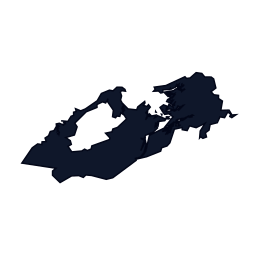 Chepigana, Darién, Panama (Mercator projection), rotated 85°
{"feature_id": "35544464B97743116241572", "entity_name": "Chepigana", "entity_type": "district", "adm_level": 2, "iso_a3": "PAN", "parent_name": "Panama", "parent_adm1": "Darién", "projection": "mercator", "projection_center": [-78.199, 8.103], "detail": "fine", "context": "isolated", "style": "filled", "palette": "ink", "viewbox_px": 256, "rotation_deg": 85, "n_neighbors": 0, "source": "geoboundaries", "source_scale": "gbopen_adm2", "svg_char_len": 5778}
<svg xmlns="http://www.w3.org/2000/svg" viewBox="0 0 256 256"><g transform="rotate(85 128 128)"><path d="M118.5,180.6L108.2,168.2L104.8,157.1L101.9,156.9L99.7,151.0L101.1,148.1L96.9,145.2L99.4,146.4L109.0,141.0L115.4,142.4L116.7,139.5L115.1,138.1L115.7,135.2L112.2,133.9L113.7,132.1L111.4,132.1L110.4,131.4L109.9,129.9L109.7,131.5L109.0,131.3L108.7,130.4L108.3,130.6L108.6,132.2L108.3,132.5L107.7,132.1L107.4,131.2L107.5,130.4L107.2,131.5L106.8,131.7L106.2,131.5L105.7,130.3L99.5,133.0L95.5,131.6L91.7,132.5L90.2,131.3L91.1,127.3L89.3,127.7L86.9,130.4L86.4,135.5L89.7,139.7L88.7,143.2L91.3,151.5L98.2,156.3L105.3,168.8L106.8,173.6L104.2,178.6L107.1,178.1L107.5,180.8L110.7,181.1L111.3,183.6L116.2,187.3L115.0,194.0L115.7,190.7L116.9,191.5L116.8,190.6L117.1,190.2L119.0,189.8L116.9,190.7L119.5,191.9L117.3,196.0L117.7,199.1L119.3,199.1L119.0,198.2L119.7,196.8L119.9,196.7L119.4,198.3L122.0,197.2L122.2,197.6L121.9,198.2L122.3,198.7L123.5,197.8L123.9,197.6L125.3,198.6L125.2,198.2L125.5,197.6L125.4,197.3L126.3,196.8L127.8,197.2L128.1,197.3L128.1,197.5L127.7,197.6L128.0,198.1L127.5,199.3L127.7,197.5L128.1,197.4L126.3,196.9L125.3,198.7L122.2,198.7L121.8,198.3L121.8,197.4L119.7,198.9L124.2,202.0L124.7,205.7L128.8,207.8L130.8,211.5L134.4,210.6L134.3,214.8L137.0,215.3L136.0,219.4L139.4,225.1L153.7,236.8L161.8,203.3L164.3,206.9L168.5,207.3L176.4,200.4L170.8,188.4L171.1,181.2L173.3,176.8L171.1,174.1L172.1,168.4L177.2,154.1L176.2,147.5L160.9,122.7L158.9,123.3L158.1,118.3L153.6,114.2L145.7,111.3L140.8,111.9L143.2,112.0L151.9,117.3L141.6,112.9L139.3,116.5L140.1,113.1L136.8,111.1L134.3,103.3L130.5,98.6L127.3,100.0L128.2,99.7L129.2,100.9L127.4,100.6L127.1,99.9L128.6,97.9L124.3,96.8L126.2,98.9L126.2,99.6L125.6,100.1L125.8,100.4L125.7,100.8L125.5,100.0L126.1,98.8L124.2,97.8L123.9,90.8L122.5,89.4L118.3,97.5L119.4,98.8L120.1,100.6L117.6,99.0L118.1,103.5L116.3,105.0L118.5,105.2L118.0,107.4L119.8,108.3L121.4,109.9L117.4,107.8L117.3,106.4L116.9,106.7L117.0,107.4L116.9,107.4L116.9,107.5L116.1,105.3L115.9,107.5L113.7,107.1L115.0,108.5L114.3,109.0L109.1,104.0L106.6,105.6L108.2,107.1L106.9,110.7L104.5,108.9L103.0,109.1L107.8,116.4L110.7,117.8L109.0,126.3L104.4,130.1L106.0,130.1L106.7,131.5L107.6,130.3L108.3,132.4L108.2,130.5L108.7,130.3L109.5,131.3L109.6,130.1L109.9,129.8L112.0,132.1L118.9,128.6L126.5,138.4L127.7,143.2L130.4,144.2L131.2,150.8L136.4,146.8L137.9,147.4L142.7,165.6L145.7,166.5L146.9,170.5L145.3,173.1L146.9,176.0L146.9,186.1L141.0,189.4L139.4,185.9L135.6,186.6L132.1,190.9L130.3,182.0L122.4,178.6L118.5,180.6ZM80.1,49.7L78.8,55.3L83.6,61.8L83.7,65.4L81.9,66.8L89.0,86.5L89.6,98.3L91.8,97.5L93.6,99.4L93.8,94.4L96.0,92.3L95.7,90.4L93.0,89.9L93.2,83.2L91.9,82.2L93.1,81.8L91.5,77.4L88.0,75.1L90.0,75.5L88.6,73.2L90.8,73.9L91.7,71.4L91.1,70.2L90.7,70.9L89.0,70.7L88.8,70.4L91.0,70.1L89.5,68.2L91.3,69.6L91.9,71.3L91.5,72.7L92.0,71.9L96.1,71.2L94.5,70.1L94.0,67.5L96.2,71.1L96.0,71.5L93.5,72.3L92.1,72.1L91.8,72.8L92.2,75.7L92.5,74.4L93.5,73.4L94.5,73.3L93.1,76.6L94.8,79.4L95.5,89.0L100.0,85.4L99.3,83.7L97.7,85.2L96.8,84.0L96.6,85.9L96.1,85.2L96.6,82.0L97.8,80.0L98.2,79.8L97.8,78.7L98.8,79.5L97.4,84.1L98.7,82.3L100.5,84.1L101.5,82.8L100.5,80.3L99.0,79.5L98.2,77.6L101.9,81.3L102.5,84.5L103.7,83.6L103.1,86.1L105.0,87.2L106.7,83.5L106.2,83.6L104.4,82.0L105.4,81.9L104.1,80.7L104.2,80.3L107.3,83.4L108.9,81.3L105.6,78.0L108.9,80.6L109.4,78.9L109.4,81.4L111.3,81.2L107.9,85.1L112.3,87.1L113.9,78.9L110.4,76.3L111.8,74.1L110.8,73.1L112.6,74.2L110.3,71.6L110.2,70.7L114.6,75.9L113.6,76.7L115.2,80.4L113.2,83.5L114.4,83.1L115.4,87.7L114.4,89.2L113.5,87.1L112.5,88.4L109.7,87.1L108.0,90.6L110.3,94.3L113.5,92.7L112.0,91.4L114.0,92.5L117.6,90.3L117.2,83.5L117.7,85.7L120.8,82.1L129.5,90.5L129.2,86.8L126.1,81.9L126.5,79.7L125.5,79.6L124.7,79.3L123.9,78.5L123.8,78.1L123.1,73.3L124.3,73.2L123.2,71.6L121.4,66.6L122.4,65.1L121.5,65.0L121.2,64.7L120.5,62.8L121.0,62.1L121.5,64.9L122.5,65.1L122.1,64.1L122.3,63.2L123.3,63.3L122.4,63.3L122.7,64.3L122.4,66.3L121.5,66.5L125.2,72.6L125.1,75.3L128.7,78.0L129.7,76.0L130.4,77.0L129.9,80.3L127.9,79.3L126.6,80.6L126.9,82.9L129.0,84.8L130.1,83.1L129.9,82.9L129.1,83.2L128.7,83.1L128.1,82.4L127.8,82.1L127.7,82.0L130.1,82.9L130.2,84.2L129.0,85.1L130.4,85.9L130.9,86.8L131.1,85.1L132.3,85.4L131.1,84.1L133.0,85.1L131.0,87.0L129.5,85.7L130.9,88.3L131.9,88.7L132.0,87.8L132.5,87.8L132.1,89.5L133.4,88.6L135.2,89.1L133.9,87.8L133.6,86.1L133.9,85.5L135.6,86.3L133.9,86.6L135.5,89.2L136.0,87.7L136.5,89.3L137.8,88.6L136.6,89.5L137.9,91.5L136.2,89.5L132.8,89.6L134.3,91.1L134.4,94.3L132.6,91.2L132.8,90.9L133.1,90.7L133.7,91.0L133.7,90.5L131.0,89.2L130.8,90.9L137.2,107.3L153.2,112.5L158.8,117.6L159.8,122.8L158.2,111.9L153.9,97.5L150.6,96.2L149.3,90.7L146.4,87.6L133.2,81.9L132.2,74.0L134.4,74.1L135.7,69.3L131.2,66.5L133.6,60.1L130.0,50.8L137.3,56.3L144.1,57.5L143.1,56.4L144.8,54.3L143.8,50.6L139.5,51.3L137.2,47.5L131.7,45.9L130.5,38.6L124.9,35.4L126.1,30.9L120.9,27.3L123.0,24.4L125.4,25.6L126.7,23.7L124.2,19.2L124.1,23.3L119.0,25.8L118.5,34.0L109.4,31.6L106.5,35.3L103.4,35.0L102.4,39.6L99.1,42.1L95.8,37.0L86.6,38.4L84.5,40.7L83.9,47.1L80.1,49.7ZM125.4,77.3L124.8,79.2L127.3,78.6L127.2,77.9L125.4,77.3ZM120.5,86.2L120.2,88.8L122.0,89.2L121.9,87.8L120.5,86.2ZM140.8,112.4L139.8,111.8L138.3,111.6L140.8,112.4ZM122.3,86.1L121.6,87.4L122.5,87.3L122.3,86.1ZM133.2,91.8L133.0,90.8L132.7,91.1L133.2,91.8ZM124.4,74.8L123.6,74.2L124.2,75.0L124.4,74.8ZM90.1,74.9L90.7,75.0L90.5,74.2L90.1,74.9ZM91.0,75.4L90.4,75.8L90.9,76.3L91.0,75.4ZM114.6,98.7L114.0,99.0L114.5,99.1L114.6,98.7ZM112.6,76.3L113.2,76.0L112.6,75.5L112.6,76.3ZM91.8,73.3L91.3,73.6L91.5,74.2L91.8,73.3ZM112.9,75.1L112.3,75.2L112.4,75.9L112.7,75.2L113.3,75.9L112.9,75.1ZM117.9,93.2L117.3,93.0L117.2,93.5L117.9,93.2Z" fill="#0f172a" stroke="#020617" stroke-width="1.5"/></g></svg>